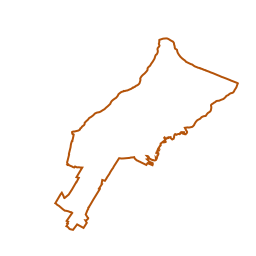 Parava, Bacau, Romania (Equal Earth projection), rotated 138°
{"feature_id": "2599482B9690347747370", "entity_name": "Parava", "entity_type": "district", "adm_level": 2, "iso_a3": "ROU", "parent_name": "Romania", "parent_adm1": "Bacau", "projection": "equal_earth", "projection_center": [26.963, 46.307], "detail": "fine", "context": "isolated", "style": "outline", "palette": "amber", "viewbox_px": 256, "rotation_deg": 138, "n_neighbors": 0, "source": "geoboundaries", "source_scale": "gbopen_adm2", "svg_char_len": 5555}
<svg xmlns="http://www.w3.org/2000/svg" viewBox="0 0 256 256"><g transform="rotate(138 128 128)"><path d="M232.4,120.7L232.1,119.9L232.0,118.2L231.4,116.3L230.8,111.5L230.3,108.9L229.3,107.8L228.0,105.9L227.4,104.5L226.4,103.2L226.3,102.2L235.8,100.0L235.2,98.4L237.0,97.9L236.7,97.1L239.5,96.2L239.1,95.3L238.9,94.3L239.0,92.4L238.7,91.5L237.0,89.1L230.3,90.4L227.9,83.5L222.1,85.1L221.5,87.8L221.2,87.4L219.0,87.2L217.9,87.6L217.8,87.8L218.0,88.1L217.8,89.0L217.3,92.0L213.3,94.0L211.6,94.5L211.1,95.2L210.7,95.4L209.9,95.3L209.8,95.5L207.6,96.1L201.7,98.0L190.1,101.4L190.1,101.5L189.7,101.7L190.1,102.4L184.9,103.7L185.1,104.1L181.9,106.6L180.5,104.2L177.4,105.0L177.2,105.2L172.4,106.4L170.9,107.0L167.4,108.0L166.1,108.2L164.3,108.9L154.8,111.5L153.2,109.6L151.6,108.3L146.8,104.7L145.7,104.2L144.2,103.0L142.9,102.2L143.3,101.1L143.4,100.7L143.4,100.2L143.3,99.9L143.2,98.2L142.7,97.3L142.1,95.6L141.7,94.9L141.4,94.0L139.3,88.8L139.1,88.3L137.0,88.8L134.7,84.0L133.8,84.5L133.5,85.0L133.2,85.3L133.4,85.9L134.9,88.9L134.6,90.2L134.8,92.0L134.3,91.7L133.8,91.7L133.0,92.2L132.8,92.5L132.7,93.0L132.7,94.6L132.5,94.4L132.1,93.8L132.0,93.3L132.0,92.8L132.4,91.3L132.4,90.6L132.0,89.8L132.0,89.3L131.5,88.5L131.3,87.7L131.1,87.5L130.8,87.4L130.4,86.6L129.8,85.9L128.8,85.6L128.0,86.2L127.5,86.9L127.6,85.9L126.8,86.2L125.9,87.0L125.4,87.1L124.4,88.0L123.9,87.8L123.5,87.9L122.9,88.3L122.8,88.6L122.3,88.9L122.3,89.1L122.7,89.9L123.5,90.4L123.6,90.5L123.3,90.7L123.2,90.6L122.7,90.3L122.4,90.1L122.2,90.1L121.9,90.7L121.9,91.1L121.6,91.4L121.2,91.4L120.4,90.7L120.1,90.6L120.0,91.1L120.5,91.9L120.2,92.1L119.1,92.5L118.9,92.3L118.9,92.6L118.2,92.7L117.4,93.0L116.3,93.1L116.2,93.3L115.4,93.2L115.0,93.9L114.3,94.2L114.1,94.6L113.6,94.5L112.1,94.4L111.6,94.5L111.0,94.4L110.9,94.2L111.0,93.3L110.6,93.1L110.5,93.5L110.8,93.7L110.7,94.3L109.7,94.3L109.6,94.2L109.8,93.7L109.7,93.3L109.8,92.7L109.5,92.4L109.3,92.4L109.2,92.5L109.0,93.8L108.6,93.9L108.4,94.3L108.1,94.5L107.7,96.3L107.6,96.5L107.1,96.5L107.2,95.0L107.2,94.6L106.7,94.3L105.9,94.3L105.6,94.1L105.6,94.3L105.3,94.5L104.5,94.0L104.3,94.0L104.3,93.9L103.8,93.4L102.8,93.1L102.6,92.9L102.9,92.7L103.0,92.2L103.0,91.7L102.8,91.3L102.9,90.5L102.8,89.9L101.2,89.5L100.7,89.9L100.0,90.2L99.6,90.7L99.0,91.2L98.2,91.6L97.7,91.6L97.6,91.9L97.0,91.9L96.9,91.6L96.6,91.2L96.6,90.6L94.8,90.0L93.9,89.3L93.7,88.8L93.3,88.8L92.6,89.3L91.9,89.4L91.2,89.3L89.2,87.4L89.6,86.8L91.2,88.2L91.3,87.9L90.9,87.4L90.9,86.9L90.1,85.8L89.9,85.3L89.6,85.0L89.4,85.2L88.6,84.8L87.8,84.9L86.8,85.4L86.6,85.8L86.4,87.3L85.6,90.1L83.2,88.5L82.6,87.7L82.2,87.4L79.6,85.9L78.4,85.8L76.8,86.0L76.3,86.3L74.8,86.8L73.3,87.2L71.5,87.4L70.8,87.3L68.1,86.6L66.7,86.8L65.9,86.8L64.3,86.3L63.5,85.9L62.4,85.1L62.0,85.0L61.7,85.0L60.7,85.4L58.7,85.7L56.9,85.4L56.0,85.3L55.4,85.4L54.6,85.7L52.6,87.2L51.8,88.2L51.4,89.0L51.0,89.4L50.5,89.6L49.8,89.6L48.2,89.3L47.3,89.3L46.9,89.1L45.7,88.9L44.4,88.9L43.9,88.7L41.8,87.2L40.6,86.9L37.6,85.7L34.9,85.7L33.6,86.0L33.0,85.9L31.5,85.4L29.8,85.4L28.5,85.1L26.8,84.2L26.3,84.1L25.0,84.2L23.3,84.9L20.9,85.5L20.1,85.8L18.1,86.9L16.5,87.7L16.8,88.6L19.3,93.6L19.6,94.0L19.9,94.9L22.0,99.2L23.6,102.3L24.1,103.1L25.3,105.8L25.9,107.0L28.2,111.9L29.3,113.9L30.3,116.1L31.8,118.8L31.7,119.1L31.9,119.3L32.3,120.0L32.6,120.3L32.9,121.2L33.1,121.4L33.3,122.1L33.9,123.0L34.0,123.4L34.4,123.7L34.6,124.3L34.5,124.5L35.6,125.9L36.2,127.3L37.0,128.8L37.4,130.0L37.8,132.2L38.4,133.2L38.6,133.5L40.5,138.2L40.6,138.5L40.5,138.9L40.6,140.5L41.0,142.0L41.0,142.6L41.2,143.2L41.4,146.2L41.2,147.5L41.2,148.3L40.7,150.7L40.4,151.3L40.2,151.9L39.4,153.1L39.3,153.5L39.7,154.8L39.9,155.5L39.2,156.9L38.8,157.3L38.4,158.0L38.0,159.0L37.1,160.3L36.9,160.9L36.8,162.1L37.7,164.6L38.3,166.8L38.8,168.0L39.4,168.8L40.0,169.3L42.1,170.9L45.7,172.5L46.2,172.1L47.5,170.7L48.7,170.0L48.9,169.7L49.4,168.2L50.4,167.7L51.3,167.7L52.6,167.4L52.9,167.2L53.5,166.7L54.0,165.7L54.4,165.2L55.0,164.6L56.0,164.0L57.4,163.5L58.1,163.7L58.7,163.6L59.8,163.1L61.9,161.8L65.1,160.8L67.9,160.2L69.6,159.6L70.4,159.5L71.8,159.6L73.1,159.4L73.7,159.1L74.6,158.1L76.1,157.7L79.1,157.4L81.3,157.5L83.1,157.4L84.8,157.0L86.0,156.4L86.4,155.6L87.1,155.0L89.4,153.6L90.1,153.4L91.8,153.4L92.5,153.5L93.2,153.8L93.4,153.9L94.6,154.0L94.8,154.1L95.4,154.0L96.4,154.4L97.3,154.5L97.4,154.8L99.1,154.9L99.8,155.1L100.8,155.5L103.3,156.3L104.5,157.1L105.3,157.4L105.6,157.7L106.4,158.1L106.5,158.3L106.7,158.2L108.1,158.9L109.3,159.3L112.3,159.5L114.4,158.7L116.6,158.4L118.4,158.7L120.4,158.9L122.1,158.9L122.6,158.8L124.1,158.3L125.0,157.8L128.4,157.7L130.7,157.8L132.8,157.7L135.2,158.2L137.2,158.5L138.6,158.9L140.9,160.3L142.9,160.9L145.3,160.7L147.8,160.9L150.3,161.4L152.0,161.0L154.5,161.0L156.3,160.9L156.8,160.8L157.4,160.1L158.5,159.6L159.2,159.6L161.2,159.8L162.6,159.4L163.8,159.6L164.6,159.1L165.0,159.0L166.6,159.3L170.3,161.3L171.2,162.1L172.3,162.4L172.9,161.6L173.3,160.6L173.3,160.4L172.7,159.8L172.7,159.5L172.9,159.3L176.5,156.7L177.2,156.3L178.1,155.5L178.5,155.8L180.7,154.5L182.0,153.5L183.6,152.1L189.4,148.2L189.5,147.7L195.0,144.0L196.0,143.4L196.6,142.8L196.8,142.2L196.8,141.5L196.7,141.0L197.1,140.8L197.7,141.1L197.7,140.9L196.9,140.1L196.6,139.6L196.1,138.4L195.3,136.7L195.1,135.9L194.6,135.0L194.3,134.6L193.1,134.8L192.2,132.8L191.0,131.9L190.0,130.8L189.4,129.8L188.8,129.3L188.7,129.4L188.5,129.2L199.2,125.9L197.9,123.9L202.6,122.2L202.7,122.4L210.7,119.8L216.6,118.2L222.0,118.4L222.2,118.9L221.4,120.7L220.5,124.2L222.6,123.8L232.4,120.7Z" fill="none" stroke="#b45309" stroke-width="2"/></g></svg>